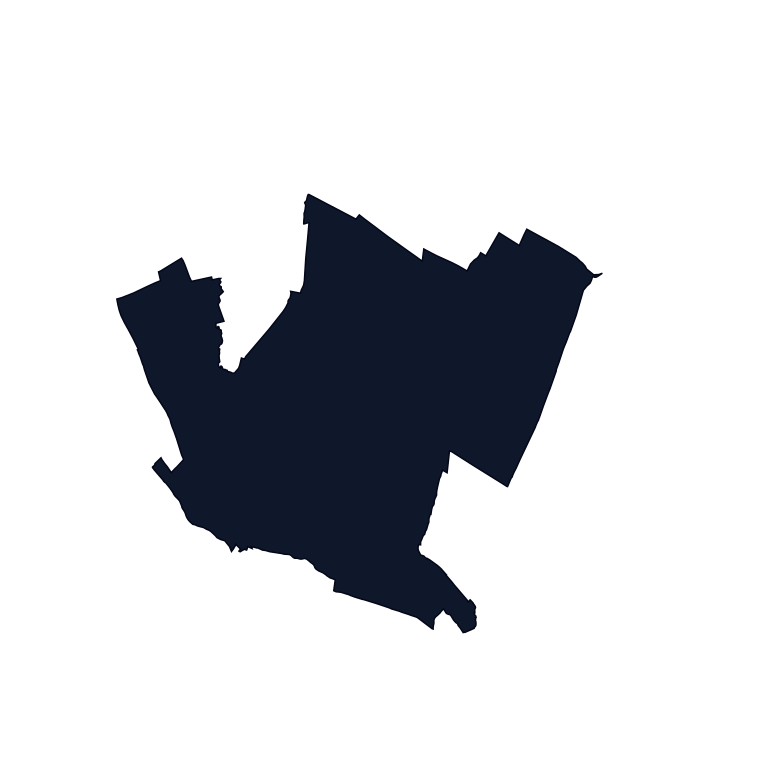 Oras Targu Frumos, Iasi, Romania, rotated 48°
{"feature_id": "2599482B18034592271284", "entity_name": "Oras Targu Frumos", "entity_type": "district", "adm_level": 2, "iso_a3": "ROU", "parent_name": "Romania", "parent_adm1": "Iasi", "projection": "natural_earth1", "projection_center": [27.003, 47.228], "detail": "fine", "context": "isolated", "style": "filled", "palette": "ink", "viewbox_px": 768, "rotation_deg": 48, "n_neighbors": 0, "source": "geoboundaries", "source_scale": "gbopen_adm2", "svg_char_len": 6170}
<svg xmlns="http://www.w3.org/2000/svg" viewBox="0 0 768 768"><g transform="rotate(48 384 384)"><path d="M189.1,440.6L178.9,458.4L174.5,457.1L162.7,452.4L157.7,450.7L155.0,450.3L150.5,474.5L149.8,476.5L157.7,480.9L155.7,486.4L152.9,495.3L148.8,509.2L144.5,520.7L142.1,525.7L147.2,528.8L152.2,531.5L157.1,533.6L164.2,535.7L172.6,537.6L182.3,540.0L193.8,543.3L193.6,544.5L194.4,544.6L197.4,545.9L201.2,547.2L207.8,550.1L209.3,550.5L213.2,552.5L226.1,558.0L227.4,558.3L230.5,559.2L233.6,560.0L238.1,561.2L239.6,561.3L246.7,562.3L257.6,564.0L260.2,564.6L263.0,565.6L266.6,566.5L268.7,567.5L270.3,568.4L273.9,570.0L278.6,571.7L285.8,574.7L301.4,581.9L305.5,583.2L305.8,583.6L306.2,584.4L307.1,594.4L307.0,595.2L307.5,601.4L300.6,600.4L296.1,600.2L291.9,599.7L289.6,599.1L289.9,607.4L290.8,608.7L290.8,611.6L291.1,611.9L294.0,612.2L307.0,612.5L308.8,612.8L310.5,612.7L311.3,612.4L313.8,612.5L318.5,612.8L321.7,613.2L323.7,613.5L325.2,614.0L327.7,614.3L331.1,614.1L334.0,614.1L336.9,615.1L339.3,616.0L340.5,616.7L341.3,617.0L345.7,617.7L347.1,618.2L350.3,619.6L352.8,620.2L354.6,620.4L356.4,620.4L360.3,620.0L361.9,618.8L365.2,617.3L370.0,614.1L372.9,613.2L375.9,611.8L377.9,611.3L383.9,610.8L386.5,610.9L390.4,609.4L393.9,607.2L401.5,607.6L406.4,609.4L405.8,606.3L404.6,602.5L403.8,601.4L410.7,601.1L410.9,602.7L411.1,603.6L412.4,603.2L413.4,598.4L415.4,597.3L415.5,597.1L413.7,594.1L418.0,592.1L416.2,591.4L419.5,589.0L420.7,588.3L420.8,587.9L423.2,586.7L426.2,585.4L427.4,584.3L429.0,583.1L432.2,581.1L441.6,573.4L442.6,572.8L443.6,572.1L447.2,568.6L448.7,567.9L449.6,567.7L450.9,567.7L452.4,567.5L453.7,567.0L454.5,566.1L455.4,565.1L457.9,563.5L458.8,562.6L459.4,561.7L460.3,560.0L461.1,559.3L462.5,558.6L464.9,558.2L466.9,558.0L469.8,557.4L471.2,557.3L472.5,557.5L473.9,558.1L475.3,558.4L476.4,558.3L479.2,557.6L483.4,555.7L486.7,554.9L488.4,554.7L492.0,553.8L494.1,552.6L496.7,551.3L497.7,552.2L499.1,553.9L504.0,559.7L506.4,558.6L508.2,556.9L510.0,555.4L511.5,554.4L515.5,552.1L516.6,551.3L518.7,550.4L522.7,548.3L529.2,544.4L531.2,543.0L535.9,540.2L542.1,536.5L554.2,529.7L556.2,528.9L563.2,524.6L565.5,523.5L571.5,520.0L574.2,518.6L578.7,516.0L579.9,515.5L580.7,515.3L597.4,512.1L598.1,512.0L599.0,511.4L597.9,510.5L596.8,509.2L595.0,506.8L593.1,505.2L592.6,504.5L592.0,503.4L591.7,502.0L591.6,501.0L591.7,499.4L591.6,495.2L591.3,494.2L591.0,491.5L590.8,490.5L592.2,490.4L595.5,491.1L596.7,491.0L598.5,490.1L599.4,489.4L600.5,489.2L605.8,490.2L608.2,490.3L609.6,490.2L611.0,489.8L611.7,489.9L612.6,490.3L613.3,490.5L616.2,490.6L621.7,491.5L622.9,489.6L625.9,480.5L625.0,479.5L625.1,479.0L625.4,478.6L624.8,477.2L623.9,476.2L622.3,474.9L621.0,474.3L619.5,472.7L619.1,471.7L617.6,471.0L617.0,471.3L614.3,470.1L614.8,469.5L612.3,467.5L611.5,465.7L610.6,465.1L608.8,464.7L606.7,464.8L606.7,464.4L605.3,464.3L602.0,464.4L602.2,467.3L600.1,466.8L580.8,466.3L575.9,466.0L567.4,465.8L567.5,465.3L559.3,465.2L554.8,465.7L545.4,467.7L542.5,468.6L542.8,469.1L540.6,469.5L538.5,469.5L535.5,471.2L530.9,469.9L529.0,468.8L528.0,467.8L526.5,465.7L528.0,464.4L525.8,462.4L525.1,460.7L523.5,457.5L522.8,455.8L523.0,454.6L521.0,451.4L520.8,450.1L517.7,445.1L516.7,443.1L515.7,442.3L515.3,441.8L514.1,440.7L511.8,436.8L512.3,436.4L509.1,432.5L507.9,430.7L507.4,429.6L507.2,428.4L506.9,427.5L506.4,426.8L505.1,425.5L503.8,423.9L502.2,420.2L501.7,419.2L500.0,417.7L498.9,416.5L496.6,413.5L491.6,406.3L491.0,405.1L490.7,404.0L490.1,403.0L489.2,401.9L487.3,398.1L492.2,396.5L477.5,380.1L479.5,379.0L504.7,372.0L536.2,362.9L542.4,361.2L542.9,360.8L539.5,353.6L538.9,352.0L538.9,351.0L537.9,349.4L536.4,346.0L535.0,342.2L531.1,333.4L517.6,301.0L516.1,298.1L514.6,294.7L514.3,293.5L513.5,292.3L512.9,291.0L506.9,280.1L500.6,268.0L498.9,264.4L489.9,247.9L489.4,247.1L488.4,246.0L485.3,240.1L478.2,227.7L476.8,224.9L475.6,222.4L475.0,221.0L470.3,212.1L469.7,210.3L461.4,195.0L447.8,173.2L446.9,167.1L447.0,166.0L447.0,163.6L445.9,160.8L443.8,157.2L445.6,156.0L446.2,155.4L446.7,154.6L447.2,152.1L447.8,147.6L446.4,151.1L443.1,155.1L434.2,156.5L431.2,155.7L426.9,155.6L424.1,156.1L418.4,156.5L398.6,162.3L364.5,174.3L367.0,180.6L371.6,190.8L348.6,197.3L356.9,222.6L351.1,224.3L352.2,227.1L352.8,230.2L352.3,233.9L352.7,239.3L355.6,246.6L345.8,249.8L339.1,252.4L324.0,259.0L318.2,261.2L310.3,264.1L317.0,271.8L318.2,273.2L316.8,273.7L314.7,274.2L311.8,274.8L301.2,277.2L277.0,282.5L248.3,288.1L241.8,289.2L242.7,294.5L192.9,313.0L192.5,313.5L192.7,314.3L194.0,316.3L195.7,318.7L195.9,319.2L196.0,321.1L196.1,321.6L196.5,321.8L198.5,322.4L200.8,325.0L202.4,327.0L203.1,327.9L203.4,328.8L204.2,329.7L205.8,331.0L206.8,331.9L208.2,333.5L211.0,336.3L211.4,336.5L212.0,335.5L212.6,334.0L213.3,332.7L214.0,331.8L226.2,344.9L238.3,358.1L253.9,374.0L256.3,377.0L257.0,378.1L258.9,382.7L260.6,385.3L252.6,391.4L254.3,392.4L256.3,394.9L256.7,395.5L257.1,396.2L257.4,397.0L257.5,398.4L257.8,399.2L258.5,400.2L259.5,401.0L261.4,405.9L262.6,410.6L266.4,433.0L271.1,468.3L272.1,471.0L269.3,472.6L273.6,478.8L275.0,481.5L275.8,487.8L274.6,489.3L272.6,490.1L271.2,491.0L270.5,491.8L269.9,491.6L268.8,491.4L267.9,492.0L266.6,492.5L266.3,493.2L265.6,493.6L264.4,493.5L263.1,492.9L262.0,492.9L261.6,493.1L261.6,493.5L262.7,494.4L262.8,494.7L262.5,495.0L261.6,495.1L260.1,494.9L259.3,494.5L258.3,493.7L257.7,493.0L257.8,492.1L257.6,491.2L255.7,489.9L254.6,489.3L253.7,488.4L253.0,488.1L252.5,487.6L251.9,486.6L250.9,485.4L249.8,484.7L248.1,482.7L247.0,482.9L246.3,482.9L245.9,481.9L245.5,480.4L245.0,479.6L245.1,479.0L245.5,478.2L245.4,477.4L244.8,476.3L243.7,475.0L241.1,473.6L239.5,473.1L238.9,472.6L238.0,471.0L237.5,470.6L236.5,470.1L235.5,469.3L234.9,469.0L234.0,469.4L233.5,469.7L233.1,469.7L231.1,468.5L230.4,468.7L230.2,468.9L230.3,469.6L231.2,470.5L231.0,470.9L230.1,470.9L229.4,470.8L227.5,469.2L226.3,468.6L230.3,460.9L215.3,454.7L213.9,453.8L213.2,452.0L212.8,450.5L212.5,450.1L211.6,449.5L211.4,449.5L209.5,448.8L208.2,447.8L208.0,447.2L208.0,442.8L207.8,441.6L203.8,441.2L203.7,440.7L202.8,439.9L201.1,440.4L199.9,439.8L199.5,439.2L199.4,437.6L198.8,436.8L197.3,436.7L196.5,436.1L196.3,434.8L195.0,436.2L191.6,442.1L190.6,441.4L189.1,440.6Z" fill="#0f172a" stroke="#020617" stroke-width="1.5"/></g></svg>